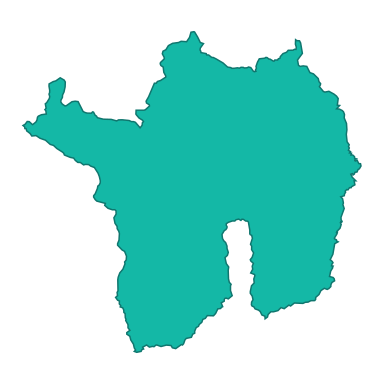 Nam Po, Điện Biên, Vietnam (Albers equal-area conic projection)
{"feature_id": "81297802B39086824409595", "entity_name": "Nam Po", "entity_type": "district", "adm_level": 2, "iso_a3": "VNM", "parent_name": "Vietnam", "parent_adm1": "Điện Biên", "projection": "albers", "projection_center": [102.839, 21.886], "detail": "fine", "context": "isolated", "style": "filled", "palette": "teal", "viewbox_px": 384, "rotation_deg": 0, "n_neighbors": 0, "source": "geoboundaries", "source_scale": "gbopen_adm2", "svg_char_len": 5915}
<svg xmlns="http://www.w3.org/2000/svg" viewBox="0 0 384 384"><path d="M334.0,94.1L328.9,91.3L324.9,92.1L323.4,91.5L319.4,86.7L320.4,84.9L320.6,83.6L319.0,81.7L318.2,78.5L313.5,73.9L309.9,72.6L306.8,66.4L303.2,65.9L300.1,66.4L298.5,65.3L297.5,60.0L302.4,53.4L300.6,42.9L299.5,40.8L296.8,40.6L295.6,39.7L295.4,44.2L296.3,47.1L296.0,49.4L294.5,49.3L293.0,50.2L288.2,50.3L286.5,52.3L283.0,53.6L280.3,56.6L280.1,58.1L278.3,58.8L277.6,60.0L274.8,60.0L274.2,61.0L273.3,61.1L270.0,59.1L269.0,59.1L267.1,57.6L265.9,57.4L264.6,58.2L259.3,58.8L257.5,62.1L256.0,66.4L256.4,68.2L255.4,70.2L255.9,71.3L254.4,71.7L253.4,71.3L250.8,67.6L248.6,67.0L247.0,67.8L244.3,68.0L243.4,67.4L241.0,67.3L239.4,68.2L237.5,67.8L234.0,68.3L231.7,68.3L230.9,67.6L227.6,67.1L223.1,63.0L216.1,58.9L213.3,57.5L211.7,57.4L208.7,55.0L206.7,54.9L206.2,53.6L200.9,52.6L200.8,51.2L200.0,50.0L200.3,48.1L203.5,43.6L200.3,42.5L197.6,37.0L194.6,32.0L193.9,31.7L191.0,32.2L189.5,37.4L186.6,41.7L181.1,41.3L178.6,42.5L172.6,43.3L168.4,45.6L165.9,49.7L163.0,51.2L162.3,53.8L164.1,57.2L164.3,58.8L160.5,62.5L160.2,63.8L160.9,65.5L163.2,67.1L163.8,72.3L165.7,75.9L165.8,77.1L160.5,80.5L157.4,81.5L156.3,83.2L154.4,83.2L148.6,96.8L146.1,101.2L146.5,103.0L149.3,104.8L149.5,106.0L145.4,109.7L144.1,110.2L136.1,110.2L135.9,114.1L136.4,114.9L139.0,118.0L142.5,120.2L143.5,121.6L142.4,122.7L142.1,125.3L140.1,127.8L135.4,122.3L133.5,121.6L131.4,121.6L129.1,120.5L122.2,119.8L118.6,119.9L116.6,120.9L111.3,119.4L103.4,119.2L97.4,117.7L96.5,116.1L95.2,115.3L93.5,112.1L92.5,111.9L91.4,113.2L87.0,113.1L84.8,112.4L83.1,111.5L78.1,101.6L75.2,101.2L72.0,101.7L66.5,105.6L65.1,106.0L62.3,104.1L60.8,102.0L61.0,100.0L62.4,97.5L62.6,94.9L64.0,92.0L65.1,86.9L65.3,82.0L64.2,80.1L60.2,77.8L55.8,80.9L53.2,81.6L49.1,83.9L49.0,86.2L49.7,90.4L49.6,92.6L49.0,94.1L49.7,96.5L49.4,98.3L46.7,102.7L45.3,103.8L46.1,108.2L44.9,109.7L45.8,110.6L46.3,114.0L41.5,114.7L38.4,116.1L37.5,117.2L37.0,119.9L36.0,121.9L33.0,124.4L32.5,124.6L29.2,121.6L27.2,121.5L25.2,124.2L23.0,125.5L24.6,126.8L24.9,128.6L26.1,128.6L26.7,130.9L30.1,133.5L31.8,136.0L36.1,135.6L40.1,138.3L45.5,140.2L50.2,144.4L53.5,145.4L56.8,148.5L62.5,152.1L63.7,153.2L64.4,155.0L70.3,157.4L73.7,158.1L75.3,160.4L77.8,162.4L80.4,162.5L83.6,164.9L85.5,164.4L88.7,164.6L90.7,166.1L94.4,167.5L98.0,173.1L99.3,176.4L100.3,180.8L100.2,183.0L99.1,185.1L97.8,186.1L97.4,188.5L95.2,193.8L93.7,195.6L93.6,197.0L95.2,199.6L96.8,201.1L105.4,203.4L104.7,205.4L108.0,208.3L112.4,209.8L114.8,209.7L116.0,210.8L116.1,214.1L113.9,217.8L115.0,223.3L117.1,226.4L117.2,228.7L118.8,231.3L119.4,233.5L119.0,240.2L117.6,243.6L117.6,245.2L122.0,249.9L124.6,251.4L126.5,256.2L126.2,260.0L124.6,262.0L125.0,263.8L122.9,269.2L119.8,272.9L118.2,277.2L117.8,279.7L118.0,290.8L117.1,292.4L117.5,295.7L115.6,297.4L117.6,300.2L119.4,301.0L119.3,303.9L120.7,305.5L120.2,306.9L122.7,307.8L123.7,309.9L123.9,312.5L125.1,313.5L125.3,317.8L126.0,319.2L125.7,320.5L128.0,324.6L128.0,327.8L129.9,330.3L126.8,332.6L126.8,334.2L129.8,336.2L130.8,340.0L133.4,344.1L134.3,348.0L135.6,350.1L134.3,351.4L136.7,352.3L141.1,351.4L142.0,349.5L143.6,349.0L142.6,347.2L146.6,345.0L149.4,347.1L152.5,346.4L154.0,346.7L155.8,345.2L156.8,345.0L161.0,346.5L166.4,345.1L171.0,345.5L172.4,347.8L175.7,348.6L181.3,344.6L182.5,345.0L183.6,343.7L185.0,339.8L186.3,338.4L191.4,337.3L192.7,334.2L194.7,333.2L194.7,331.1L196.2,327.6L198.5,326.3L199.2,324.5L201.8,322.3L202.8,319.4L205.3,318.4L207.3,315.6L213.5,315.8L215.6,313.5L217.8,308.9L220.6,308.5L221.5,307.3L222.7,306.7L221.2,302.9L224.2,301.2L224.3,299.3L224.9,298.4L226.1,298.1L228.3,298.9L232.2,295.7L230.5,290.6L230.5,285.8L231.1,284.3L229.3,282.3L228.5,278.9L228.2,270.3L228.7,267.0L226.3,263.6L225.0,257.6L227.4,255.4L228.3,252.4L227.0,248.3L227.0,246.1L225.6,242.5L223.8,240.8L222.5,238.5L222.0,234.4L224.3,230.6L225.9,229.6L226.9,228.0L227.1,226.9L226.2,225.1L226.3,223.7L228.4,222.3L232.3,221.0L234.8,221.0L236.1,219.7L238.7,219.1L240.9,220.4L242.0,219.2L243.5,219.4L245.6,221.0L247.7,221.2L248.4,222.0L249.8,230.2L249.8,233.8L250.2,234.6L251.7,235.4L252.4,238.3L250.5,244.3L251.7,246.2L251.6,249.6L253.6,252.9L252.1,257.4L250.3,259.6L250.7,260.9L253.4,263.4L252.2,266.2L252.7,269.2L250.7,273.0L254.5,274.5L254.9,275.6L253.8,279.0L254.2,282.9L251.5,285.8L250.3,291.5L250.3,293.3L252.2,296.1L253.0,299.7L251.6,302.1L251.4,304.8L252.1,306.1L253.8,306.8L255.1,308.9L258.5,310.1L260.2,311.5L261.9,315.0L264.9,316.2L265.1,318.8L267.5,317.0L268.1,314.5L270.8,311.8L273.5,311.8L278.0,310.6L281.0,307.6L284.2,308.7L288.9,305.1L290.6,306.0L294.4,303.0L302.9,303.4L305.3,302.3L308.1,302.1L310.8,300.7L314.7,300.6L315.6,299.5L315.7,297.4L319.0,294.5L320.9,290.6L324.3,288.3L327.2,289.4L328.8,288.6L330.8,286.6L330.9,284.7L331.9,282.5L334.6,280.8L334.2,278.8L333.1,277.5L329.5,276.5L330.7,271.1L332.7,267.8L332.4,267.3L333.1,266.1L331.5,265.8L332.2,263.6L333.0,262.8L332.3,261.5L330.2,259.7L332.9,254.2L334.7,243.7L338.1,241.8L336.5,240.9L336.4,239.8L334.5,238.8L334.4,238.1L337.0,233.8L336.6,233.0L337.2,232.9L337.4,232.2L336.7,232.0L336.8,231.5L340.0,228.3L341.2,224.5L340.4,222.8L341.1,222.5L340.9,221.8L341.8,222.0L342.1,221.4L341.1,219.8L341.0,217.3L344.2,208.5L342.9,204.6L343.4,203.0L342.6,198.8L340.8,196.8L344.3,195.7L344.5,194.0L345.6,192.3L345.2,191.1L346.8,189.5L347.9,189.9L349.5,187.7L351.1,187.7L351.6,186.7L354.9,184.8L354.1,180.8L355.8,180.8L352.2,177.2L350.8,174.2L352.6,173.6L353.1,174.9L354.4,174.0L354.9,172.3L357.0,172.0L358.1,169.5L359.4,168.8L361.0,166.0L360.5,163.7L358.8,163.6L357.1,160.2L355.6,161.0L354.8,160.6L355.0,159.4L356.2,158.8L354.6,158.3L354.5,156.6L352.7,155.0L350.9,155.0L351.5,153.2L349.5,152.9L350.5,151.6L348.4,150.3L349.3,148.0L348.5,146.6L349.2,144.8L347.1,141.8L346.3,134.3L346.9,129.9L346.5,123.5L344.2,117.9L344.5,114.5L343.5,111.8L342.2,110.5L339.4,109.1L336.6,108.8L339.6,105.5L337.3,105.2L338.2,98.5L336.5,96.1L334.0,94.1Z" fill="#14b8a6" stroke="#0f766e" stroke-width="1.5"/></svg>